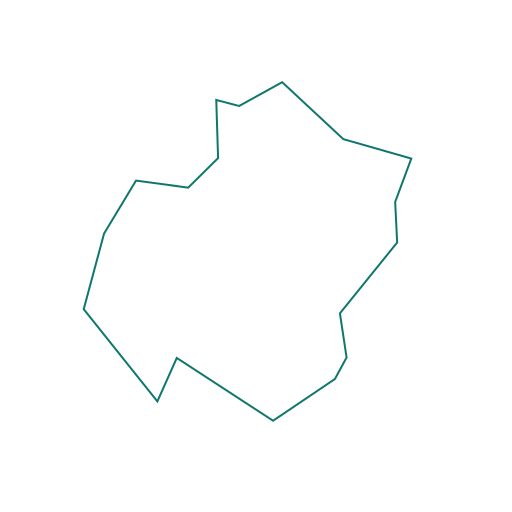 SVG path tracing the border of Wolverhampton, rotated 159°
{"feature_id": "GBR-5693", "entity_name": "Wolverhampton", "entity_type": "Metropolitan Borough", "adm_level": 1, "iso_a3": "GBR", "parent_name": "United Kingdom", "parent_adm1": "", "projection": "mercator", "projection_center": [-2.117, 52.589], "detail": "fine", "context": "isolated", "style": "outline", "palette": "teal", "viewbox_px": 512, "rotation_deg": 159, "n_neighbors": 0, "source": "natural_earth", "source_scale": "10m", "svg_char_len": 392}
<svg xmlns="http://www.w3.org/2000/svg" viewBox="0 0 512 512"><g transform="rotate(159 256 256)"><path d="M400.2,155.6L435.9,268.1L389.8,331.4L341.0,369.4L294.8,344.1L256.3,361.0L237.2,415.9L218.0,402.1L169.3,408.9L132.6,333.8L76.1,291.3L106.7,256.6L119.4,218.0L198.2,172.4L207.8,128.8L226.4,112.9L299.1,96.1L366.5,189.2L400.2,155.6Z" fill="none" stroke="#0f766e" stroke-width="2"/></g></svg>